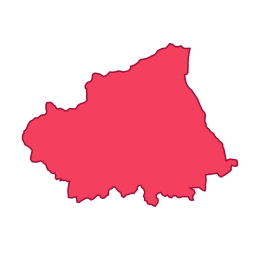 Santa Teresa, Espírito Santo, Brazil (Mercator projection), rotated 355°
{"feature_id": "56859067B94246844469719", "entity_name": "Santa Teresa", "entity_type": "district", "adm_level": 2, "iso_a3": "BRA", "parent_name": "Brazil", "parent_adm1": "Espírito Santo", "projection": "mercator", "projection_center": [-40.64, -19.868], "detail": "fine", "context": "isolated", "style": "filled", "palette": "rose", "viewbox_px": 256, "rotation_deg": 355, "n_neighbors": 0, "source": "geoboundaries", "source_scale": "gbopen_adm2", "svg_char_len": 3626}
<svg xmlns="http://www.w3.org/2000/svg" viewBox="0 0 256 256"><g transform="rotate(355 128 128)"><path d="M205.4,119.3L203.5,116.6L201.8,112.0L199.8,105.4L194.8,96.1L193.4,94.7L192.1,93.1L190.4,90.2L189.7,87.6L189.2,84.8L189.2,81.8L189.0,79.8L191.0,79.7L192.5,78.0L192.7,74.8L193.1,72.6L193.3,70.4L193.4,67.9L193.9,65.7L194.2,63.3L194.9,60.7L195.2,58.9L195.9,56.7L196.8,54.1L191.3,53.7L189.4,52.6L188.0,50.8L185.4,51.3L182.6,51.3L181.1,50.2L179.2,48.3L176.8,47.7L174.4,50.2L172.4,51.8L169.3,51.8L166.3,52.8L164.3,53.8L163.1,55.3L161.7,56.8L160.0,57.7L157.9,58.3L156.4,59.1L154.5,59.8L152.6,60.4L150.9,60.6L148.9,60.9L146.4,60.9L144.9,62.2L143.4,63.9L139.8,65.9L137.7,66.4L136.1,66.8L135.6,69.1L133.9,70.7L132.2,71.3L130.0,71.6L128.1,71.8L125.2,70.7L122.9,70.4L120.9,70.9L118.9,71.1L116.8,71.1L114.9,70.6L113.0,72.2L110.7,74.0L108.2,74.6L104.8,72.0L101.8,70.9L99.3,70.6L97.5,71.6L96.8,74.7L96.0,77.2L94.4,78.6L92.0,79.0L90.7,80.0L89.1,82.1L88.9,84.4L90.2,85.4L89.9,87.5L90.1,90.3L89.5,92.8L89.5,94.7L89.6,96.9L87.6,98.4L85.5,99.2L82.2,99.9L80.2,101.1L79.0,102.8L77.2,104.5L74.3,104.1L71.7,103.5L69.9,104.7L68.4,105.7L66.1,105.0L64.7,103.9L63.1,102.8L61.5,102.7L59.4,103.2L58.2,101.7L57.4,99.9L55.8,98.7L54.9,97.0L52.7,95.6L49.5,95.7L48.4,97.4L48.2,99.5L48.1,101.6L48.3,103.4L48.5,105.1L47.5,106.5L46.1,107.6L44.0,107.5L42.4,107.8L38.9,110.2L36.3,109.9L33.8,111.8L31.3,112.8L29.8,114.6L28.5,116.4L27.4,118.8L25.8,121.3L24.1,122.1L23.9,123.9L22.5,125.8L22.0,128.4L22.1,130.5L23.1,133.0L24.2,136.0L26.9,137.5L29.1,139.6L30.6,141.9L30.1,144.1L29.4,146.0L28.6,148.4L28.3,150.9L29.8,153.3L31.5,153.6L33.1,153.9L35.0,153.9L38.1,153.2L39.8,153.9L40.8,155.6L42.9,157.3L43.7,160.3L44.5,162.7L46.2,163.8L47.4,165.6L48.8,166.5L51.1,166.8L51.9,169.0L51.3,171.3L52.3,173.0L54.4,172.6L56.7,172.9L56.0,174.5L57.8,174.3L59.4,174.7L61.4,174.7L63.1,176.1L65.2,176.0L64.0,179.3L63.7,181.1L63.0,183.2L62.7,185.7L62.7,192.0L66.2,192.8L68.6,192.0L70.5,192.1L70.6,194.5L70.9,197.4L73.0,197.8L74.6,196.7L77.6,195.3L80.3,194.2L82.4,194.3L84.9,196.4L87.0,195.7L88.6,194.7L90.1,193.5L92.0,192.1L94.0,192.8L94.8,194.6L96.4,195.8L98.6,195.5L100.5,193.7L102.6,192.9L102.9,190.9L103.1,188.8L104.4,187.6L106.9,186.7L108.3,185.2L110.4,186.2L111.5,188.0L112.4,189.4L114.0,190.8L115.4,192.4L115.8,195.2L117.3,196.5L118.9,196.2L119.9,194.7L122.2,194.3L124.1,193.7L126.1,193.3L128.2,193.6L129.7,192.0L131.6,190.3L132.3,187.5L134.1,186.1L136.1,186.5L136.6,188.7L138.0,189.6L138.7,191.7L139.2,193.7L138.1,196.0L137.6,197.7L138.6,199.1L138.2,201.4L140.3,202.5L140.9,205.1L142.7,205.8L145.0,206.3L146.4,207.4L148.3,208.3L149.7,206.7L151.1,205.0L151.7,202.9L151.4,200.9L150.0,199.8L150.2,197.3L151.9,195.9L153.4,195.4L155.3,195.1L156.3,197.6L159.2,199.3L161.4,198.2L162.8,200.2L165.3,201.3L167.2,199.4L169.6,199.6L171.6,201.5L174.1,201.8L176.0,201.0L178.2,201.4L180.5,201.4L182.3,202.0L183.1,204.5L184.9,205.6L186.9,205.4L186.2,202.8L187.3,200.4L189.1,198.5L188.3,195.7L186.3,194.5L184.8,193.1L193.7,193.4L195.7,195.3L197.6,196.8L199.2,197.3L199.9,195.6L200.1,193.3L200.2,191.1L200.7,189.1L201.2,186.7L201.2,184.2L201.2,181.4L213.2,180.8L214.3,183.2L216.4,184.9L219.2,183.7L221.2,182.7L223.3,181.5L225.6,180.1L227.2,178.5L227.1,176.7L228.0,174.5L230.0,174.9L231.7,175.5L233.6,175.0L234.0,172.2L233.5,169.5L231.2,168.9L229.2,168.4L227.1,167.9L224.9,168.4L222.9,169.3L221.6,157.2L220.7,155.1L220.9,153.2L220.0,150.7L217.9,149.1L216.5,146.7L214.9,145.4L213.6,143.2L212.8,141.0L211.0,139.9L209.3,138.0L208.4,136.1L206.8,134.8L205.9,133.0L206.1,130.6L205.1,128.6L205.3,126.1L205.8,124.0L206.2,121.7L205.4,119.3Z" fill="#f43f5e" stroke="#9f1239" stroke-width="1.5"/></g></svg>